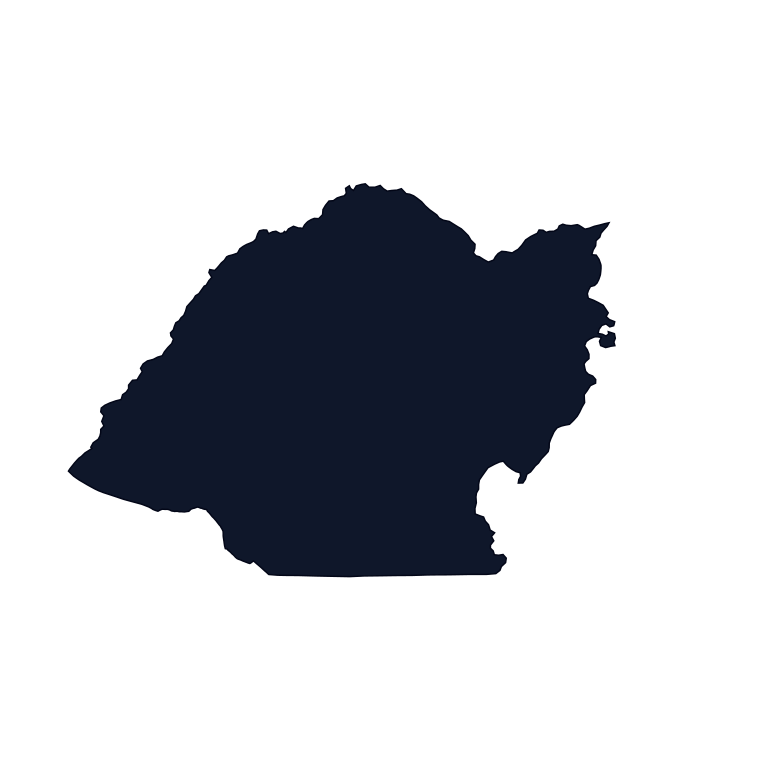 outline of Marakwet East, Rift Valley, Kenya, rotated 219°
{"feature_id": "3690345B26983318491135", "entity_name": "Marakwet East", "entity_type": "district", "adm_level": 2, "iso_a3": "KEN", "parent_name": "Kenya", "parent_adm1": "Rift Valley", "projection": "orthographic", "projection_center": [35.578, 1.135], "detail": "fine", "context": "isolated", "style": "filled", "palette": "ink", "viewbox_px": 768, "rotation_deg": 219, "n_neighbors": 0, "source": "geoboundaries", "source_scale": "gbopen_adm2", "svg_char_len": 5859}
<svg xmlns="http://www.w3.org/2000/svg" viewBox="0 0 768 768"><g transform="rotate(219 384 384)"><path d="M493.4,546.7L496.0,542.7L497.8,541.1L500.0,539.0L502.9,535.9L507.3,535.4L511.9,535.9L514.8,531.3L519.5,527.5L524.5,527.8L527.1,524.9L530.2,520.5L529.5,515.2L532.3,514.9L533.4,515.1L535.7,516.2L537.0,511.9L533.3,508.5L533.3,505.2L534.4,503.8L535.4,502.4L537.5,499.1L538.7,494.6L541.9,491.6L541.9,486.0L541.2,481.2L538.3,476.9L538.8,471.4L542.4,468.8L544.0,466.0L544.5,464.7L545.3,462.6L545.6,460.8L545.8,457.5L545.1,453.6L546.9,452.8L548.6,451.4L553.6,449.6L555.8,444.4L555.5,440.0L557.3,440.0L557.5,437.7L559.4,435.6L564.1,434.7L566.4,432.1L568.3,428.2L572.0,429.8L574.7,427.8L577.2,424.7L576.6,421.1L574.7,416.0L575.1,412.6L575.8,411.0L576.4,409.8L578.5,406.1L579.3,404.2L580.0,402.4L581.1,398.5L580.2,393.5L583.0,389.0L585.4,385.8L586.3,383.8L585.9,379.7L586.6,375.7L586.6,373.7L586.6,372.1L586.7,368.8L587.0,365.7L591.4,363.3L590.2,360.4L584.9,358.5L585.1,354.2L584.3,348.7L585.3,347.0L585.0,342.3L584.7,337.7L586.0,333.9L585.4,329.9L585.7,324.4L585.9,320.1L584.0,315.7L582.8,311.3L583.4,307.8L583.0,304.2L584.3,300.6L583.3,297.2L581.8,293.5L582.1,289.3L581.2,288.6L579.9,287.3L575.9,286.5L574.4,281.8L574.9,276.3L574.9,270.8L574.1,266.4L576.9,262.3L578.8,257.9L582.4,253.0L583.8,248.0L583.1,243.0L579.6,241.4L579.3,237.1L578.5,231.8L581.8,228.6L581.8,222.4L579.5,219.6L579.2,215.4L580.4,211.2L578.5,206.5L581.9,202.0L585.1,196.8L587.6,191.7L588.6,187.4L586.6,184.1L581.7,183.1L579.8,177.3L575.2,175.1L575.6,170.5L573.4,167.7L572.0,164.7L571.3,161.2L573.0,155.4L572.1,150.4L570.4,150.1L571.8,145.8L573.0,142.3L573.6,137.2L574.4,134.4L574.6,132.0L574.8,127.7L574.7,120.2L574.4,117.7L567.3,117.1L565.6,117.2L564.0,117.3L560.2,117.6L555.7,118.3L551.5,118.9L547.0,119.7L542.7,120.5L538.5,121.5L535.5,122.5L534.1,122.9L532.8,123.4L527.3,125.5L522.0,127.5L520.7,128.0L519.3,128.5L513.9,130.5L508.4,132.9L503.2,135.2L498.0,137.5L496.6,138.1L495.1,138.6L489.5,140.4L486.4,141.0L484.8,141.1L483.4,141.5L481.3,142.2L479.6,142.9L479.2,143.9L478.5,145.5L477.6,147.1L476.4,148.0L475.0,149.0L473.5,150.3L471.6,151.2L470.0,151.5L468.9,151.8L467.7,152.6L466.5,153.2L465.5,154.2L464.4,155.1L462.9,155.8L461.8,156.7L460.9,157.4L459.7,158.2L458.6,159.0L457.5,160.2L456.4,161.4L455.6,162.2L455.4,163.6L455.3,165.1L454.7,166.2L454.0,167.3L453.1,168.4L452.3,169.8L451.3,171.2L449.9,171.7L448.5,172.1L447.3,172.8L446.0,173.1L444.5,173.8L442.9,174.8L441.0,174.0L439.3,173.9L437.5,173.6L435.8,173.2L433.9,172.8L432.3,172.7L431.1,172.5L429.9,172.3L428.6,172.1L427.0,171.7L425.3,171.3L423.2,170.8L421.7,170.6L420.4,170.0L418.9,169.5L417.8,169.0L416.4,168.3L415.1,166.9L413.4,164.8L412.3,163.7L410.1,161.7L409.1,160.8L408.2,159.9L406.0,157.9L403.7,156.2L402.1,157.0L400.8,156.7L399.1,156.7L397.3,156.7L395.4,156.4L393.7,156.4L391.9,156.2L390.4,155.9L389.2,155.9L388.0,155.9L386.4,156.4L384.8,157.0L383.3,157.4L382.1,157.7L380.7,158.2L379.4,158.6L378.3,159.0L377.2,159.3L375.3,160.1L374.7,161.7L374.2,164.3L372.3,164.3L370.3,164.2L365.2,164.1L360.2,163.8L358.6,163.7L356.9,163.7L354.7,163.5L353.6,163.5L347.2,167.9L345.8,168.9L339.5,173.8L330.1,181.3L315.6,192.4L304.4,201.1L289.5,212.7L278.7,222.3L265.7,233.1L254.7,242.3L241.8,252.9L229.7,263.3L220.9,270.6L219.1,272.0L210.2,279.4L197.7,289.9L184.7,300.4L177.8,307.0L176.6,312.1L177.9,316.0L177.1,321.7L179.4,325.6L184.2,326.4L187.1,323.1L190.8,320.7L194.1,323.0L198.0,323.4L199.9,325.8L200.0,331.2L204.5,333.1L204.4,338.0L209.6,337.3L214.2,340.4L219.0,341.2L222.9,343.3L226.3,342.0L231.4,340.4L235.0,344.5L237.5,349.8L241.5,354.1L243.5,357.4L243.8,358.8L244.3,361.8L247.3,365.5L249.5,369.5L249.9,374.4L250.2,379.0L250.5,384.4L247.6,391.3L245.1,396.2L242.7,399.1L238.3,398.3L236.5,398.1L234.6,398.1L230.7,398.3L226.2,399.0L222.4,400.7L219.8,398.3L219.1,394.6L217.3,391.5L213.8,394.5L214.2,399.0L216.2,403.8L214.8,407.9L214.8,412.0L214.9,415.6L214.2,419.8L214.6,425.0L214.1,430.9L213.9,434.8L215.5,438.3L218.4,442.1L219.9,446.4L220.2,447.6L220.8,450.0L221.7,453.4L221.9,455.4L221.9,459.0L219.7,463.0L217.4,466.0L214.5,469.4L213.8,475.2L213.6,480.6L214.3,485.3L215.6,490.8L216.4,495.8L218.8,498.4L221.7,501.7L221.9,506.5L222.6,512.7L220.1,517.8L222.3,520.7L226.8,521.5L231.3,520.2L235.2,520.7L237.9,522.7L241.1,525.4L241.3,526.6L241.4,528.6L240.7,532.7L243.4,536.1L247.6,538.5L252.1,539.8L253.5,544.2L252.5,548.3L250.4,552.5L249.5,553.7L247.7,555.1L244.4,557.0L243.4,552.8L239.8,550.2L234.7,551.8L232.7,554.4L231.5,556.1L228.7,559.1L231.8,561.3L233.0,565.1L236.6,568.1L242.6,565.8L240.8,564.2L241.7,561.0L245.6,560.1L249.5,558.0L251.3,561.9L251.6,566.6L249.3,570.4L244.5,570.5L242.2,573.8L242.8,575.4L243.9,577.6L249.4,575.9L253.8,576.2L254.5,580.4L258.7,581.7L263.2,583.1L268.8,582.1L273.7,581.0L279.2,579.2L282.8,582.1L284.1,585.4L284.9,589.6L282.4,593.1L282.0,596.4L282.8,600.2L284.2,604.1L284.8,605.4L286.4,607.9L288.1,610.4L289.9,612.6L291.0,613.5L295.4,616.2L300.2,617.7L303.9,615.2L305.8,619.8L306.5,624.6L309.4,628.8L308.7,633.9L310.3,637.8L310.2,641.9L309.9,646.9L310.6,650.9L313.3,647.6L316.4,643.3L319.1,639.8L319.8,638.9L321.5,636.0L322.4,634.4L324.3,632.0L325.3,630.8L329.2,630.4L332.4,630.0L334.0,629.5L338.2,624.8L342.4,622.0L345.6,620.7L347.3,617.2L346.4,613.8L348.0,609.7L351.5,606.7L353.4,603.9L357.1,603.6L360.4,601.3L359.7,597.6L361.5,593.8L362.8,590.9L364.6,585.1L364.2,578.5L364.5,573.1L365.6,570.2L366.2,568.6L366.8,566.6L368.6,565.6L371.0,564.3L372.4,563.6L376.0,561.2L377.4,557.2L377.5,553.2L376.8,549.3L379.7,544.4L384.7,543.5L389.9,542.9L393.2,541.5L397.0,542.1L398.7,546.4L401.2,549.9L407.1,550.5L411.9,552.3L417.5,552.9L421.6,553.2L425.6,552.6L431.3,551.9L435.6,551.4L440.6,548.8L441.7,548.4L445.8,547.7L449.3,548.6L453.4,548.4L458.5,548.1L464.1,548.4L469.5,549.3L475.0,549.2L479.4,548.9L483.4,547.7L486.6,545.8L491.7,546.5L493.4,546.7Z" fill="#0f172a" stroke="#020617" stroke-width="1.5"/></g></svg>